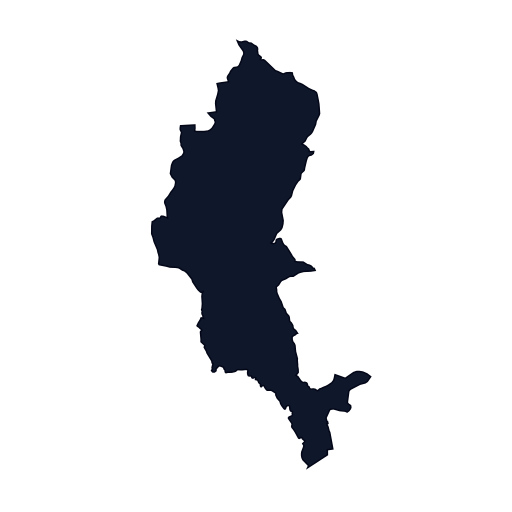 the district of Aldana, Nariño, Colombia, rotated 354°
{"feature_id": "7082276B17700118356894", "entity_name": "Aldana", "entity_type": "district", "adm_level": 2, "iso_a3": "COL", "parent_name": "Colombia", "parent_adm1": "Nariño", "projection": "orthographic", "projection_center": [-77.695, 0.907], "detail": "fine", "context": "isolated", "style": "filled", "palette": "ink", "viewbox_px": 512, "rotation_deg": 354, "n_neighbors": 0, "source": "geoboundaries", "source_scale": "gbopen_adm2", "svg_char_len": 6104}
<svg xmlns="http://www.w3.org/2000/svg" viewBox="0 0 512 512"><g transform="rotate(354 256 256)"><path d="M285.3,471.9L306.2,461.2L306.7,456.1L312.2,455.9L310.9,439.1L310.3,437.4L309.8,433.7L308.8,430.2L310.0,430.1L309.9,428.8L309.8,428.2L309.2,428.2L308.7,424.3L313.3,416.5L315.2,416.1L317.4,416.2L323.1,418.5L328.5,419.6L330.3,420.7L332.2,419.6L333.9,417.8L334.5,416.4L334.4,414.6L332.5,413.0L331.5,411.4L334.1,400.4L334.9,399.2L336.4,398.2L346.0,394.4L351.3,393.6L353.6,392.4L357.4,388.0L354.0,384.8L350.1,382.6L346.5,381.6L343.9,381.4L340.9,382.1L332.0,387.0L322.2,382.3L321.1,385.8L320.2,387.9L318.2,390.0L314.3,392.1L312.1,393.0L309.2,393.8L307.0,394.6L305.4,394.9L303.4,396.5L301.8,395.6L301.0,394.8L300.1,394.5L299.1,394.2L296.9,394.2L295.9,393.8L295.4,393.0L295.2,391.9L293.8,390.5L293.5,390.0L293.7,389.1L293.4,388.0L292.9,387.4L291.4,386.7L289.9,386.8L289.1,386.6L287.4,384.8L285.0,380.3L283.2,378.9L285.7,376.3L285.8,375.9L286.0,373.0L285.8,369.9L286.0,368.5L286.1,364.2L286.4,362.4L285.3,355.2L285.4,348.9L284.8,347.1L283.7,345.3L283.5,344.6L283.2,342.7L283.5,340.1L285.2,339.0L286.7,338.5L288.3,337.3L289.2,337.2L287.7,334.3L285.7,332.3L285.4,331.2L285.3,328.9L284.1,326.2L282.9,324.8L282.6,323.7L282.6,320.4L282.3,319.1L280.1,316.1L279.2,312.1L277.8,310.5L277.5,309.8L276.2,304.0L274.7,300.7L273.0,295.3L272.8,293.3L273.0,291.7L272.8,289.6L273.1,288.7L275.4,287.1L277.8,284.0L279.2,282.9L283.3,281.7L286.5,280.1L287.9,279.8L291.0,280.0L296.0,277.4L297.8,276.9L301.8,276.3L308.9,276.7L313.3,276.5L312.6,274.4L311.2,274.0L310.5,272.6L309.6,271.6L307.9,270.6L306.1,270.0L302.3,267.0L296.5,266.2L294.2,265.4L294.3,263.5L292.0,260.1L291.4,258.5L287.2,249.8L285.6,248.6L284.6,247.4L283.8,245.4L282.9,241.8L282.5,241.3L281.4,241.0L278.7,241.5L277.8,242.2L277.5,243.6L277.0,244.8L276.3,245.3L274.5,245.5L272.7,245.1L272.2,244.6L273.4,243.9L275.0,242.3L275.9,241.1L278.9,235.7L283.3,232.5L284.8,230.5L286.1,226.9L286.7,223.5L286.0,215.3L286.7,212.0L293.9,203.4L296.6,201.1L297.5,199.8L299.3,194.9L302.8,189.3L305.6,186.0L307.1,184.9L308.1,184.0L309.3,179.0L309.7,178.3L312.7,176.0L313.1,175.2L313.5,173.5L315.9,166.6L317.0,164.0L318.0,162.5L319.0,161.7L321.7,161.3L323.7,160.0L324.3,158.1L320.7,158.0L320.0,157.2L319.5,155.1L318.3,153.9L317.3,152.4L315.6,150.9L313.2,149.3L316.8,146.8L318.8,143.6L319.7,142.6L323.0,140.4L324.1,139.4L325.2,138.0L329.0,131.3L329.9,128.1L333.4,122.6L334.1,121.0L334.4,111.5L334.2,108.4L333.6,101.8L333.1,99.7L330.9,97.7L329.9,97.4L325.9,95.0L320.1,90.3L317.9,89.0L316.2,88.3L315.0,87.4L314.0,86.3L312.8,84.5L312.1,81.9L311.3,80.0L311.2,77.7L309.2,77.2L305.0,77.0L302.0,77.9L296.7,74.7L294.6,73.7L285.0,62.3L283.8,61.6L281.8,61.6L280.8,60.9L281.0,60.3L281.9,59.7L281.9,58.9L281.5,58.3L279.5,56.4L279.0,55.4L278.9,51.7L279.2,50.5L279.2,49.6L279.1,48.9L278.2,47.5L275.6,45.8L273.8,44.1L273.2,43.7L271.6,43.5L270.9,43.2L269.1,41.6L267.5,41.2L263.9,41.7L261.6,41.2L259.9,40.1L261.2,44.3L264.8,50.7L265.2,52.7L264.9,54.3L263.0,57.2L261.7,60.5L259.3,64.7L258.0,65.8L257.2,66.2L253.8,66.3L252.8,66.9L250.1,69.6L249.0,71.5L247.0,73.8L246.2,75.2L246.2,76.4L247.0,79.9L238.4,80.2L235.3,80.5L235.9,85.0L236.0,87.6L234.8,91.4L232.2,97.6L232.0,98.9L231.8,100.1L231.8,108.5L223.3,108.8L225.9,112.5L228.4,114.7L229.0,115.4L229.2,117.2L229.6,117.9L229.4,119.3L228.7,120.6L225.7,124.4L223.7,125.8L221.5,126.7L217.2,126.8L209.9,126.0L208.0,125.3L208.6,122.8L208.9,119.3L194.6,118.6L194.0,120.9L193.9,122.5L194.9,125.3L193.5,129.5L192.8,133.9L193.3,135.8L193.1,138.2L194.7,141.5L195.3,144.5L195.1,145.7L194.4,146.9L193.0,148.7L189.3,150.6L185.0,152.3L184.2,152.8L183.5,153.4L182.6,154.8L181.5,157.0L179.5,165.1L180.9,168.8L183.4,171.9L183.8,173.4L183.7,174.9L182.8,177.9L181.9,179.4L180.0,181.7L178.1,183.6L175.2,187.4L171.6,190.7L171.1,191.7L170.8,192.9L170.9,194.1L171.8,197.3L172.2,200.8L171.9,207.2L172.0,208.9L167.9,206.8L166.0,206.5L165.6,206.8L164.8,208.2L164.4,208.4L162.2,208.1L161.5,208.3L157.9,210.6L156.4,211.1L155.5,215.4L154.6,223.0L155.6,226.9L156.2,231.1L158.7,239.3L159.0,242.3L159.4,244.1L159.7,247.2L158.7,252.1L158.4,253.2L158.4,253.6L158.8,254.5L165.9,256.7L169.2,258.0L174.7,258.8L177.6,259.5L178.9,260.3L181.3,262.3L183.4,263.3L185.6,265.5L189.9,272.3L190.4,275.1L193.8,281.7L195.1,283.8L197.0,286.0L197.6,286.3L198.6,286.3L200.4,285.3L199.4,286.1L198.8,287.0L198.0,290.6L197.7,297.9L196.9,302.2L196.3,303.8L196.8,305.4L196.3,306.8L196.3,308.1L197.0,309.8L196.9,311.0L197.4,312.5L195.0,311.8L193.8,313.9L191.8,316.4L190.1,319.2L190.4,319.7L191.9,320.9L192.7,322.0L193.5,322.7L194.4,324.2L193.0,325.3L192.8,326.2L192.7,333.0L192.4,335.6L195.8,339.5L195.0,341.4L196.8,345.5L197.2,347.4L201.1,355.7L201.2,357.8L202.1,358.9L201.5,359.8L201.0,361.6L200.7,361.9L200.7,364.8L200.6,365.0L200.0,364.9L199.8,365.1L200.0,365.6L200.7,366.7L201.2,366.9L202.6,367.0L204.2,366.0L204.5,364.2L204.9,363.6L205.9,363.0L207.1,361.7L208.6,361.4L211.0,362.6L212.1,363.4L212.5,365.2L213.3,366.1L213.3,368.1L213.7,368.8L214.1,368.9L215.8,368.7L219.8,369.0L222.4,368.7L223.7,368.4L225.1,367.4L225.9,367.1L230.0,367.7L234.0,367.7L235.8,368.2L236.0,369.1L235.5,370.8L235.4,372.4L235.8,374.1L236.5,374.5L238.9,374.9L239.1,375.1L239.2,376.5L239.6,377.0L240.3,377.1L241.4,376.8L242.5,376.8L243.2,377.2L242.6,378.8L244.6,379.5L244.8,379.8L245.6,382.3L247.2,384.3L246.8,385.5L247.2,386.5L247.6,386.6L248.0,386.1L249.0,385.6L250.1,385.7L250.5,386.0L251.3,388.2L252.5,390.2L253.2,390.7L257.0,391.1L258.0,391.7L261.2,394.3L261.4,394.9L261.2,396.3L262.0,398.8L262.4,399.8L264.7,403.0L265.1,405.4L266.0,407.5L267.9,410.7L268.6,411.3L269.2,411.1L270.3,408.9L271.6,408.1L272.6,408.0L273.6,408.6L273.7,409.2L273.7,412.1L274.1,413.5L274.5,413.9L275.8,414.4L276.0,414.8L275.6,416.3L275.6,417.9L275.2,418.6L271.9,419.7L271.3,420.5L271.5,421.2L274.2,426.2L274.3,427.4L273.7,429.0L273.9,430.3L275.1,432.1L276.6,435.0L279.3,441.5L279.9,441.9L282.0,441.2L282.6,441.3L283.1,442.7L285.2,445.0L284.8,446.0L282.9,447.5L283.7,449.2L283.8,449.8L283.2,451.4L281.1,455.6L280.7,457.3L280.5,459.4L280.7,461.5L281.4,463.6L286.2,469.7L286.2,470.4L285.3,471.9Z" fill="#0f172a" stroke="#020617" stroke-width="1.5"/></g></svg>